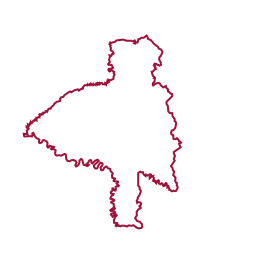 Likolobeng, Maseru, Lesotho, rotated 131°
{"feature_id": "5366337B98429078950414", "entity_name": "Likolobeng", "entity_type": "district", "adm_level": 2, "iso_a3": "LSO", "parent_name": "Lesotho", "parent_adm1": "Maseru", "projection": "robinson", "projection_center": [27.995, -29.48], "detail": "fine", "context": "isolated", "style": "outline", "palette": "rose", "viewbox_px": 256, "rotation_deg": 131, "n_neighbors": 0, "source": "geoboundaries", "source_scale": "gbopen_adm2", "svg_char_len": 5872}
<svg xmlns="http://www.w3.org/2000/svg" viewBox="0 0 256 256"><g transform="rotate(131 128 128)"><path d="M194.2,204.7L193.4,203.1L193.7,202.4L196.3,202.7L198.6,199.8L200.7,202.9L202.2,201.3L202.2,200.4L198.0,196.1L197.5,195.0L196.3,195.2L194.9,196.7L193.8,196.4L195.4,192.5L195.6,190.3L194.9,187.3L196.8,186.2L197.4,185.3L197.0,184.4L195.6,183.7L192.8,184.1L192.1,183.2L191.5,180.6L192.1,178.9L194.8,177.1L195.3,175.8L194.7,175.0L192.9,175.6L190.8,171.3L191.5,171.1L193.0,172.7L194.3,172.4L194.2,171.7L192.8,170.4L192.3,168.0L195.2,166.2L195.8,164.6L195.5,163.7L193.5,161.9L192.8,160.2L189.4,159.0L188.9,158.3L189.1,157.2L191.9,154.3L192.5,152.2L191.5,150.2L189.7,149.7L188.0,148.4L187.3,145.7L187.8,144.2L190.6,143.4L191.1,142.0L189.7,141.3L188.0,141.3L186.0,141.9L184.3,143.3L182.1,143.1L182.0,141.7L184.9,137.4L183.3,133.6L181.6,133.4L182.2,135.6L180.2,135.4L177.8,135.9L177.0,135.5L176.6,134.5L178.2,132.8L178.1,131.6L174.9,131.5L172.2,130.5L171.8,129.6L172.1,128.4L178.5,129.2L179.6,128.1L180.0,126.3L179.5,125.4L178.5,124.8L175.4,125.9L172.3,126.0L171.6,124.7L171.8,123.5L173.1,122.8L175.9,122.8L177.3,120.7L177.1,119.9L175.9,119.3L173.6,119.9L171.5,119.3L171.1,118.9L171.6,116.7L170.6,114.6L171.9,113.0L172.3,109.7L174.1,109.1L175.9,107.2L174.7,104.7L174.9,104.3L176.3,104.6L177.3,104.3L177.3,103.6L175.0,100.4L175.5,99.9L177.4,100.1L177.6,97.0L178.2,96.9L179.0,98.2L180.6,98.7L181.9,97.1L183.5,96.4L183.9,97.0L183.3,99.6L183.8,100.1L185.4,98.7L187.5,98.9L188.3,98.5L188.5,97.8L187.3,95.6L188.4,95.2L189.2,95.8L191.2,95.7L192.9,94.9L191.6,92.5L191.4,91.0L192.0,90.8L194.4,92.2L195.3,91.8L194.6,89.2L196.2,87.5L197.4,85.0L199.1,85.2L198.7,86.9L201.6,87.4L201.9,86.5L200.4,84.9L200.1,82.5L200.6,82.3L203.7,84.4L204.5,84.2L205.0,81.3L202.0,81.4L201.1,80.4L201.3,79.2L202.5,79.2L202.9,80.6L203.4,80.7L204.6,78.8L206.7,78.3L208.7,76.4L206.8,73.7L207.4,73.1L209.3,73.6L209.9,73.0L209.6,72.2L208.3,72.6L208.3,71.7L207.6,71.3L208.0,70.6L207.4,69.4L205.8,68.6L204.1,66.6L203.0,64.1L201.1,63.6L199.3,61.0L197.8,60.1L197.5,56.3L196.8,54.1L194.5,52.3L193.0,52.6L191.4,54.3L191.1,57.5L192.2,60.2L191.3,63.6L188.1,64.0L185.6,66.5L182.9,66.8L180.1,65.9L179.4,66.9L179.8,67.7L179.4,68.2L177.5,67.9L176.5,68.4L176.1,69.5L177.1,71.6L178.5,71.9L177.4,73.6L174.9,74.3L173.8,75.2L172.1,75.1L167.8,76.5L166.8,77.4L166.6,79.0L165.2,80.2L164.7,82.6L155.2,90.8L152.8,90.1L152.8,88.9L151.5,87.7L152.8,85.9L152.7,83.2L151.4,83.8L151.0,81.9L148.7,81.2L148.0,80.3L148.4,79.2L150.8,79.5L151.8,78.6L149.8,78.4L147.9,77.5L148.4,77.3L148.7,75.6L151.4,74.4L151.1,73.6L150.1,73.5L150.0,72.8L150.8,72.4L151.2,70.5L148.9,71.3L147.4,70.6L147.7,69.6L149.2,69.1L149.6,68.3L149.3,66.7L147.6,66.4L147.5,64.9L148.4,64.1L148.4,63.5L147.7,63.0L144.8,63.4L144.5,62.8L144.8,62.0L146.6,62.0L145.9,61.6L146.0,60.6L145.4,59.9L147.1,59.2L146.0,58.3L146.9,56.7L147.6,56.4L146.9,54.8L147.2,53.7L146.4,52.8L145.5,52.7L145.1,51.4L144.0,50.5L140.8,51.2L139.9,51.8L139.4,53.5L137.4,55.1L137.7,55.9L136.8,57.9L134.3,59.5L133.9,63.0L130.6,64.5L130.3,66.6L129.1,67.9L128.5,70.6L122.0,71.3L121.2,73.3L118.3,74.1L117.1,76.9L116.0,77.7L108.1,75.6L106.3,79.2L104.3,78.3L104.1,80.3L104.5,80.8L103.7,82.5L103.6,84.4L104.8,84.4L106.3,86.1L105.9,87.1L103.7,89.1L104.3,91.0L103.2,92.6L101.1,93.3L99.5,92.3L96.8,92.4L93.1,94.6L92.1,96.0L92.2,97.3L90.6,98.6L89.8,102.3L87.8,104.3L89.2,106.2L89.1,108.4L85.3,112.3L84.5,114.6L83.1,116.1L75.0,115.5L73.4,117.0L74.1,118.7L73.8,120.5L74.2,121.4L73.7,122.5L72.6,122.8L72.5,125.8L71.5,126.9L74.3,128.1L74.2,131.6L73.5,133.4L74.3,134.9L77.1,136.5L79.3,136.8L79.5,137.1L79.1,137.8L77.7,138.6L75.5,138.5L72.7,140.4L73.2,141.2L72.3,141.3L72.2,143.7L70.0,147.0L69.0,146.2L66.9,146.4L65.2,145.7L64.7,147.3L64.2,147.2L64.3,148.3L62.9,148.9L63.4,149.7L62.0,150.1L61.1,148.5L61.0,147.1L60.5,146.7L60.3,145.1L58.7,144.6L57.1,146.3L55.8,149.6L53.6,150.8L52.2,150.5L48.8,151.5L47.8,152.4L47.1,154.6L47.9,157.0L47.1,158.2L47.4,163.7L46.7,168.0L47.6,171.4L46.4,173.1L46.1,174.6L49.5,175.3L51.2,177.2L53.0,177.5L54.1,178.4L56.7,177.0L57.5,177.0L58.0,178.1L59.6,177.9L60.0,178.9L57.9,179.2L57.5,180.4L59.4,181.1L60.1,182.9L63.0,186.3L64.6,189.8L69.4,194.1L71.0,194.2L74.9,196.5L75.1,197.6L76.9,197.0L76.9,195.3L77.9,195.2L78.8,193.3L80.5,192.4L80.7,191.4L80.2,190.0L81.1,187.7L81.6,187.6L82.7,188.6L84.4,187.9L85.3,189.6L85.9,188.5L88.9,187.1L90.1,185.0L92.5,185.0L93.1,184.5L93.0,184.0L92.0,184.0L92.0,182.5L91.2,181.6L92.4,178.7L93.2,178.8L96.0,181.3L97.0,181.0L97.6,179.2L96.7,178.7L95.5,179.2L94.7,175.3L95.9,175.0L96.5,173.2L98.5,172.7L100.6,171.2L103.7,172.7L104.5,174.7L105.5,174.0L105.7,172.6L106.7,172.9L106.6,174.0L107.6,173.2L108.4,174.1L109.5,173.2L109.3,174.7L110.4,174.2L111.6,176.0L111.1,177.4L112.1,178.1L113.5,178.0L113.3,178.6L114.0,178.8L113.2,179.5L113.8,179.7L114.0,180.8L114.9,180.9L114.6,180.6L115.4,180.1L115.4,181.1L116.8,180.5L117.0,181.7L118.5,182.4L117.9,183.1L118.7,183.1L118.8,184.9L119.5,184.4L119.7,185.2L120.8,184.9L121.0,185.3L120.4,185.7L122.2,186.4L121.7,187.2L122.7,187.2L124.3,188.8L126.7,188.7L127.5,188.1L127.7,188.6L128.7,188.3L130.0,189.4L131.5,189.3L132.0,189.6L131.7,191.2L134.6,193.1L138.2,194.2L138.3,195.6L138.8,195.9L144.6,197.5L147.0,197.3L148.7,198.6L150.5,198.4L151.9,196.9L155.0,198.9L157.8,199.6L159.7,199.1L162.2,199.6L164.3,199.1L164.9,200.2L166.2,200.5L168.7,199.7L168.6,200.6L169.3,201.2L169.7,200.7L171.0,200.9L172.1,201.3L172.1,201.8L173.8,201.2L174.1,201.6L173.4,202.3L174.6,202.5L175.1,203.2L175.5,202.3L175.2,201.7L176.3,203.3L176.8,202.4L177.6,202.5L178.1,201.9L178.5,202.8L180.1,203.1L180.4,203.8L181.4,202.8L181.3,203.7L182.4,203.8L182.8,202.8L183.2,203.7L184.1,203.5L184.3,204.2L185.9,204.3L186.2,203.9L186.8,204.4L187.6,203.9L187.9,204.6L188.8,204.5L188.0,205.3L189.2,205.0L189.6,204.3L190.2,204.9L191.2,204.4L191.2,205.5L192.2,204.3L193.0,205.0L193.6,204.6L193.7,205.3L194.2,204.7Z" fill="none" stroke="#9f1239" stroke-width="2"/></g></svg>